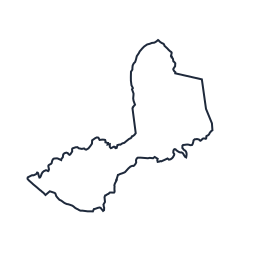 outline of La Magdalena Tlatlauquitepec, Puebla, Mexico, rotated 17°
{"feature_id": "50627088B24102510221280", "entity_name": "La Magdalena Tlatlauquitepec", "entity_type": "district", "adm_level": 2, "iso_a3": "MEX", "parent_name": "Mexico", "parent_adm1": "Puebla", "projection": "equal_earth", "projection_center": [-98.104, 18.743], "detail": "fine", "context": "isolated", "style": "outline", "palette": "slate", "viewbox_px": 256, "rotation_deg": 17, "n_neighbors": 0, "source": "geoboundaries", "source_scale": "gbopen_adm2", "svg_char_len": 4963}
<svg xmlns="http://www.w3.org/2000/svg" viewBox="0 0 256 256"><g transform="rotate(17 128 128)"><path d="M209.4,105.5L206.9,99.0L197.0,86.9L185.2,61.6L184.4,59.9L157.2,61.9L157.0,60.8L155.5,60.1L154.6,59.2L154.2,58.8L154.1,57.9L154.4,57.1L154.7,56.0L155.0,55.2L154.7,54.0L154.3,52.3L153.0,51.4L151.9,51.0L151.3,49.8L150.6,48.5L149.9,48.0L149.3,47.9L149.2,47.1L148.9,46.8L148.3,47.0L148.0,46.6L148.0,46.0L148.0,45.4L147.9,44.8L147.9,44.1L147.8,43.5L147.6,43.0L146.9,42.6L145.8,42.3L144.8,41.8L143.6,41.2L142.7,40.6L141.3,39.9L140.4,39.5L139.5,39.0L139.1,38.9L138.7,38.6L138.3,37.9L137.9,37.4L137.1,37.2L136.5,36.9L135.5,36.9L134.8,36.7L133.6,36.3L132.8,36.0L131.9,35.4L131.0,35.1L130.2,36.4L129.2,37.7L128.2,38.7L125.9,39.7L124.2,41.1L121.9,42.5L119.6,45.4L118.3,47.9L117.5,49.8L116.8,51.3L116.5,53.2L115.4,56.7L115.6,60.5L115.5,62.8L114.6,64.5L114.2,66.8L114.5,68.6L115.1,70.9L114.4,73.3L115.8,78.3L116.9,81.8L118.8,86.1L121.0,88.4L120.5,89.8L123.2,93.4L123.6,94.8L124.3,98.2L125.4,100.4L127.9,103.7L127.0,105.6L126.6,106.6L126.8,106.8L126.7,107.3L126.5,107.8L136.9,130.7L136.6,131.5L136.3,132.4L135.9,133.1L135.5,133.6L135.0,134.3L134.1,134.9L134.1,136.0L133.5,137.1L133.0,137.4L132.1,138.3L131.1,139.8L130.2,141.1L128.8,143.3L127.3,144.2L126.5,145.0L125.7,146.1L124.3,146.5L123.7,147.0L122.9,147.4L123.0,150.3L122.2,150.9L121.7,150.8L121.5,150.4L121.3,150.0L120.8,150.0L120.3,149.9L119.9,150.0L119.5,150.4L119.0,150.9L118.2,151.8L117.5,152.3L116.1,151.4L115.3,148.7L113.3,149.8L113.2,148.2L112.6,148.4L111.8,148.2L110.6,148.3L110.4,147.5L109.9,146.4L109.6,146.1L108.4,146.2L106.9,146.6L104.3,147.7L102.5,145.9L101.0,146.1L99.8,147.1L97.3,150.3L97.7,151.8L98.1,153.5L97.8,154.6L97.1,156.7L96.1,159.1L94.4,160.9L93.5,161.0L92.0,160.4L90.1,161.4L89.9,161.5L86.8,161.8L85.3,161.1L83.5,161.8L80.9,163.7L80.7,164.5L81.5,166.8L80.5,170.2L79.8,170.8L77.9,169.9L77.7,169.6L76.2,169.6L74.6,170.7L73.8,172.2L74.2,175.1L73.4,176.9L73.5,178.2L71.2,177.9L69.6,177.7L68.6,177.9L67.3,178.4L66.1,178.9L66.0,179.1L65.5,179.6L65.2,180.6L65.1,181.8L65.2,183.3L65.2,184.1L64.8,184.9L63.6,186.0L63.0,186.8L62.9,187.6L63.3,188.4L63.9,189.5L64.5,190.6L64.5,192.1L64.2,192.6L62.9,192.3L61.8,192.4L61.3,192.9L60.1,193.9L59.6,194.8L59.2,195.4L58.8,197.2L58.7,199.3L58.4,200.9L57.8,201.3L57.3,200.7L56.7,199.9L55.4,197.8L55.0,197.3L54.5,197.1L54.1,197.2L53.9,198.5L53.5,199.1L52.6,199.9L51.8,200.6L51.3,200.9L51.0,201.1L50.3,201.1L49.8,201.4L46.6,204.5L46.6,205.4L46.9,206.1L48.5,207.1L50.5,208.0L53.1,209.2L53.4,209.4L58.0,211.3L58.7,211.6L60.2,212.3L62.5,213.3L63.1,213.4L64.2,214.0L66.1,214.7L68.7,216.2L71.7,211.4L76.8,211.5L77.7,211.9L79.3,214.1L80.7,215.1L81.2,215.4L83.4,216.7L85.5,217.0L89.2,218.3L89.4,218.3L90.6,218.5L91.8,218.6L93.1,218.4L94.9,218.4L96.6,218.5L97.2,218.5L98.7,218.9L100.5,219.7L101.0,219.9L102.3,220.2L103.8,220.4L104.9,220.7L106.1,220.9L107.0,220.9L108.4,220.4L113.7,219.5L118.8,218.0L119.1,215.5L120.4,214.8L122.5,213.2L124.1,212.3L125.2,212.4L128.4,214.6L129.1,213.6L128.5,211.2L127.7,210.1L127.6,209.7L126.9,208.4L127.3,206.7L127.6,205.4L125.8,201.1L125.8,199.8L126.0,199.0L126.7,198.7L127.7,197.3L128.6,196.7L129.4,195.1L130.5,194.7L133.5,193.9L133.8,193.1L133.6,192.0L133.3,191.6L132.6,189.4L132.2,187.7L131.7,186.8L131.7,184.9L132.4,181.2L131.9,181.2L131.9,180.8L132.0,180.5L132.1,179.6L132.1,179.2L132.1,175.8L132.8,175.4L133.9,174.3L135.5,173.2L137.3,171.8L138.1,171.0L140.3,166.3L140.9,165.4L141.6,164.2L143.1,163.0L144.5,162.6L145.2,161.3L145.7,159.9L145.9,158.5L145.1,156.6L145.1,155.6L145.3,154.6L145.9,153.6L147.3,153.1L149.5,152.5L155.9,151.1L157.5,150.2L160.8,149.6L162.0,147.9L165.4,148.8L165.4,150.2L166.3,151.7L167.7,151.0L168.6,150.2L169.5,150.2L172.3,147.8L174.7,145.6L176.4,146.3L177.1,145.9L177.8,145.5L178.5,144.7L179.1,143.8L179.6,142.6L179.8,141.4L180.0,140.7L180.0,140.1L179.9,139.5L179.7,139.2L179.0,138.7L178.6,138.4L178.4,138.0L178.3,137.4L178.1,136.7L178.1,136.0L178.2,135.5L178.4,134.9L178.7,134.6L179.7,134.5L180.3,134.9L181.4,135.4L182.1,135.6L183.1,135.9L184.2,136.1L185.2,136.1L186.3,135.7L187.7,136.0L189.0,137.1L189.8,137.9L190.5,138.4L191.1,138.9L192.2,139.1L192.1,138.0L191.8,136.3L191.5,135.4L191.0,134.4L190.5,133.8L189.8,133.2L189.0,132.8L188.2,132.7L187.1,132.1L186.6,131.6L186.0,131.4L185.8,130.9L185.6,130.6L185.5,130.1L185.4,129.6L185.2,129.1L185.5,128.3L186.4,127.8L187.3,127.5L188.2,127.0L189.5,126.5L190.3,126.3L191.0,126.2L191.8,126.2L192.4,126.2L193.0,126.1L194.2,125.5L194.4,124.9L194.5,123.5L194.5,122.7L194.5,122.0L194.4,121.4L194.3,120.9L194.4,120.4L194.8,119.8L195.1,119.3L195.9,119.0L196.6,118.7L197.1,118.4L198.1,118.3L199.0,118.3L199.8,118.4L200.3,118.9L201.0,119.0L201.7,118.2L202.1,117.2L202.5,116.6L203.0,116.0L203.5,115.9L204.1,115.7L204.6,115.6L205.5,115.6L205.8,115.2L205.6,114.0L205.4,113.3L205.4,112.7L206.0,112.2L206.8,111.4L207.3,110.5L207.5,109.6L207.6,108.9L207.8,108.1L208.2,107.5L208.3,107.0L208.6,106.5L209.0,106.0L209.4,105.5Z" fill="none" stroke="#1e293b" stroke-width="2"/></g></svg>